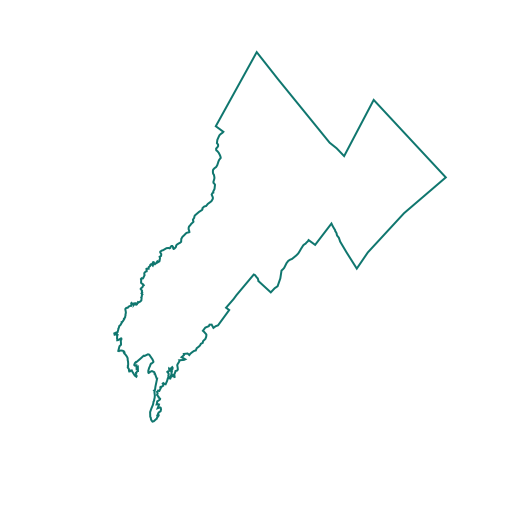 the district of Vaimauga West, Tuamasaga, Samoa, rotated 214°
{"feature_id": "51752279B6831491074988", "entity_name": "Vaimauga West", "entity_type": "district", "adm_level": 2, "iso_a3": "WSM", "parent_name": "Samoa", "parent_adm1": "Tuamasaga", "projection": "equal_earth", "projection_center": [-171.762, -13.882], "detail": "fine", "context": "isolated", "style": "outline", "palette": "teal", "viewbox_px": 512, "rotation_deg": 214, "n_neighbors": 0, "source": "geoboundaries", "source_scale": "gbopen_adm2", "svg_char_len": 6056}
<svg xmlns="http://www.w3.org/2000/svg" viewBox="0 0 512 512"><g transform="rotate(214 256 256)"><path d="M334.7,139.1L334.5,138.7L333.0,137.2L332.1,136.1L331.5,134.5L331.1,134.1L330.6,132.6L330.3,132.2L330.2,131.0L330.4,130.3L330.0,130.1L329.9,127.8L330.0,126.6L330.4,126.1L330.0,125.7L329.8,123.4L329.8,122.8L330.2,121.5L329.6,119.9L329.5,118.8L329.3,118.7L328.2,115.5L329.0,114.5L328.6,113.8L329.2,112.4L329.9,113.1L330.2,112.6L329.2,111.7L327.7,113.5L327.2,112.8L326.7,113.1L326.2,111.7L325.0,109.8L324.2,109.2L323.9,108.6L323.4,109.0L321.8,112.3L321.5,112.3L320.9,111.4L320.9,110.4L318.5,107.3L318.3,106.6L318.7,105.1L318.5,104.2L317.1,100.3L316.4,100.5L316.2,101.1L315.0,102.2L313.5,102.9L312.4,103.1L311.3,102.7L311.5,102.0L310.4,101.5L309.5,101.4L307.5,100.7L306.0,100.0L305.2,99.4L304.1,97.9L303.2,97.1L301.8,95.3L301.0,94.1L300.9,93.4L300.4,93.0L300.2,92.1L299.7,91.7L298.7,91.5L297.4,90.4L297.2,89.9L296.5,89.4L295.9,90.0L295.8,91.1L295.0,91.7L294.4,91.2L289.7,89.1L287.7,89.0L287.8,89.7L289.6,89.6L289.4,91.4L290.2,92.1L290.0,92.7L290.0,94.5L289.6,94.7L292.1,98.2L292.3,97.9L291.2,96.4L291.8,95.6L294.0,98.5L295.1,97.4L295.9,97.5L296.2,98.0L296.5,99.7L296.3,100.8L295.9,100.8L294.2,107.0L293.5,110.0L293.2,110.7L292.5,110.8L290.6,114.1L289.3,114.5L284.0,112.4L282.1,111.2L281.8,110.6L282.5,108.4L282.9,108.0L282.8,107.0L282.4,105.8L282.0,103.3L281.1,100.6L280.1,99.2L279.7,99.0L279.2,99.7L279.0,100.8L277.9,102.4L275.4,102.8L274.9,102.5L274.2,101.6L273.8,101.8L269.7,98.8L269.4,99.0L266.3,91.4L264.9,88.6L265.2,87.6L264.7,87.6L264.2,86.5L261.9,83.8L260.8,81.9L260.1,80.0L259.6,79.1L259.5,77.9L258.8,76.5L258.2,74.8L257.5,71.2L256.5,67.4L253.8,63.6L252.7,63.0L252.0,62.1L250.8,61.3L249.2,60.8L248.3,61.9L247.5,65.3L247.3,65.6L247.6,66.5L247.5,68.0L248.6,68.3L248.8,69.7L248.2,69.3L248.1,68.7L247.5,68.8L247.5,69.3L248.4,69.7L248.4,70.3L249.0,70.6L249.2,71.8L248.3,73.9L249.0,75.8L250.2,76.9L250.9,76.8L252.4,74.8L252.8,76.7L253.4,78.7L253.9,78.6L255.4,77.4L255.7,78.5L256.6,80.2L255.8,82.0L255.4,83.4L255.6,84.0L256.5,84.2L257.6,84.2L258.1,84.9L259.0,85.0L260.0,85.5L260.4,85.5L260.7,87.0L261.3,87.6L262.1,88.0L261.8,88.8L261.9,89.7L260.7,90.1L261.2,94.0L261.9,93.8L262.0,94.1L261.1,94.9L260.4,96.6L261.3,98.1L261.9,98.1L261.8,98.8L260.3,98.8L259.2,99.1L259.9,102.9L260.7,105.2L261.0,106.8L261.8,107.8L262.3,109.3L263.4,109.9L264.7,110.3L264.6,110.8L264.1,110.8L263.8,111.9L263.8,113.2L264.9,113.7L265.1,114.1L263.1,113.9L262.9,114.2L263.7,115.3L263.3,117.0L262.6,116.7L262.1,115.8L261.7,112.9L261.1,113.0L260.7,111.7L260.4,111.6L259.9,110.6L259.7,109.4L259.1,109.7L258.2,111.0L257.7,110.8L259.5,107.6L259.2,106.2L258.5,106.5L258.9,108.2L257.3,111.1L256.3,110.1L255.3,109.6L257.5,112.1L257.9,114.2L258.4,115.6L257.3,117.0L257.3,118.1L258.2,119.3L260.3,121.5L260.5,122.6L260.6,125.2L260.8,126.5L261.2,126.7L257.6,129.6L256.9,130.8L261.1,130.5L260.3,133.5L261.1,134.4L258.2,136.9L255.9,136.6L255.8,138.3L255.1,140.6L254.4,142.4L253.8,143.3L253.1,144.0L253.6,146.4L252.8,148.7L252.4,150.5L252.6,152.4L251.6,154.2L252.2,155.6L252.2,156.3L251.6,158.9L252.1,161.1L253.0,162.9L253.6,163.3L256.7,164.1L258.2,164.3L258.0,168.3L255.9,171.4L256.1,173.1L254.4,174.3L251.1,172.6L250.2,175.2L248.7,177.3L248.0,196.2L251.9,196.4L250.5,207.7L250.3,212.7L247.5,239.4L246.1,239.6L243.2,238.6L242.0,238.4L240.2,236.9L240.1,236.6L223.4,234.1L222.5,239.7L221.2,243.0L223.3,251.0L226.7,258.2L226.2,260.3L226.0,261.9L226.7,267.3L226.5,270.1L225.6,272.1L224.5,273.7L222.9,279.0L222.4,281.7L222.5,284.7L222.7,287.1L222.8,291.4L222.3,293.0L221.8,293.9L221.7,295.3L221.2,297.2L221.3,298.6L213.2,298.3L211.6,325.1L209.0,323.6L206.1,322.2L204.9,321.7L204.0,320.8L203.0,320.5L201.8,319.8L201.2,319.1L200.2,318.3L197.6,317.5L196.1,316.4L194.3,315.0L183.1,309.7L165.4,301.9L165.3,321.5L157.2,374.3L142.6,427.3L245.7,451.2L238.8,388.1L249.5,390.4L258.3,391.1L336.7,414.9L369.4,425.4L361.9,341.1L352.5,340.7L352.7,339.4L353.4,337.6L353.8,336.0L353.7,334.7L353.0,330.7L351.5,327.7L349.8,327.2L348.9,326.0L348.8,324.4L349.1,323.4L349.0,322.5L348.0,321.4L346.5,321.3L344.6,320.7L342.4,319.5L341.1,318.6L340.1,317.6L340.3,315.1L340.0,313.4L339.4,311.4L338.9,309.5L338.8,307.5L339.5,305.6L339.8,303.7L339.5,302.8L338.7,301.5L337.6,300.3L336.2,299.7L335.1,298.6L334.1,297.5L333.6,296.3L332.8,293.7L332.2,292.9L331.1,292.7L329.8,292.1L327.9,288.4L327.5,285.5L326.8,284.7L327.3,283.7L327.1,282.1L324.6,280.5L323.8,279.3L323.6,276.6L324.0,275.3L325.1,272.2L325.3,269.6L326.5,268.2L326.8,267.4L327.1,265.6L326.5,264.7L326.5,264.0L327.9,260.7L329.3,255.6L329.3,254.8L328.6,253.0L328.6,250.9L328.0,250.2L327.3,249.8L327.0,249.3L327.7,246.2L327.7,244.9L328.0,243.0L327.6,241.7L326.8,240.5L325.7,239.7L324.6,238.6L324.9,238.0L325.7,237.3L326.5,236.3L326.8,235.2L327.2,232.9L327.7,230.8L327.5,228.4L326.0,225.9L326.4,224.4L327.2,223.0L328.0,221.0L328.0,220.0L327.5,218.9L327.5,218.1L327.8,216.4L328.3,215.8L329.1,216.2L329.7,217.0L331.0,217.5L331.6,217.1L331.9,216.0L331.6,214.8L332.0,214.0L333.1,213.7L334.6,212.4L336.3,208.8L337.1,207.9L337.8,206.1L337.4,205.4L335.6,204.6L334.8,203.1L334.8,202.7L335.5,201.5L334.4,200.5L333.9,199.6L333.8,198.6L333.3,198.3L333.1,197.5L333.9,195.8L334.3,196.5L334.8,196.5L334.8,194.4L335.2,192.7L335.8,192.8L337.3,193.7L337.8,193.5L337.7,192.2L337.0,192.0L336.4,191.2L336.2,190.3L338.2,190.7L338.5,190.4L338.7,189.5L338.2,188.4L338.7,186.8L337.9,185.4L339.4,184.5L339.6,183.9L339.0,183.6L338.1,182.2L338.7,181.5L339.1,179.8L338.7,178.7L337.7,177.9L337.2,174.7L337.3,174.0L338.4,173.6L338.5,172.5L337.7,171.8L336.3,169.5L334.9,169.3L333.9,169.4L332.7,169.0L333.0,168.0L332.7,166.5L333.2,165.3L333.2,164.2L331.1,163.5L330.7,162.6L330.0,162.3L330.0,161.0L328.7,160.7L328.7,159.7L327.9,158.3L328.0,157.5L327.3,157.1L326.2,155.0L326.5,153.5L327.2,152.2L328.0,151.9L327.6,151.1L328.0,150.1L327.7,149.4L327.9,148.8L328.8,148.4L329.4,149.5L329.9,149.2L330.0,147.5L330.3,148.1L330.8,148.2L331.4,147.0L332.9,147.5L333.0,147.0L331.7,145.6L331.6,144.9L332.1,144.7L333.3,142.8L333.4,141.3L334.5,140.5L334.7,139.1Z" fill="none" stroke="#0f766e" stroke-width="2"/></g></svg>